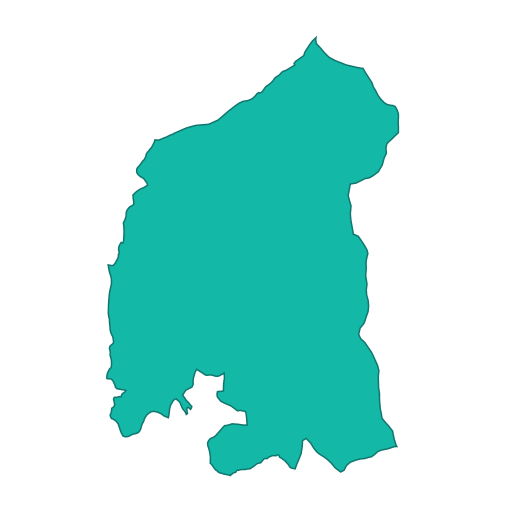 outline of Gem, Nyanza, Kenya, rotated 182°
{"feature_id": "3690345B53081703212176", "entity_name": "Gem", "entity_type": "district", "adm_level": 2, "iso_a3": "KEN", "parent_name": "Kenya", "parent_adm1": "Nyanza", "projection": "equal_earth", "projection_center": [34.475, 0.041], "detail": "fine", "context": "isolated", "style": "filled", "palette": "teal", "viewbox_px": 512, "rotation_deg": 182, "n_neighbors": 0, "source": "geoboundaries", "source_scale": "gbopen_adm2", "svg_char_len": 6012}
<svg xmlns="http://www.w3.org/2000/svg" viewBox="0 0 512 512"><g transform="rotate(182 256 256)"><path d="M118.0,384.2L118.2,390.1L118.6,395.0L118.5,400.4L118.7,403.1L120.1,407.0L122.1,410.2L124.5,411.2L126.4,411.3L130.1,411.9L133.1,413.6L137.0,417.3L139.8,421.0L142.4,425.7L144.7,429.2L146.2,433.2L151.7,441.2L153.5,443.8L155.6,447.2L158.0,447.4L162.0,448.0L172.6,450.1L183.8,454.1L189.9,457.1L194.8,461.6L198.8,466.1L203.2,470.4L203.9,474.7L203.7,476.3L206.3,473.7L207.5,472.3L209.7,469.1L212.7,464.2L214.3,461.3L214.8,459.8L215.1,458.1L220.5,453.9L223.2,451.9L224.7,449.7L223.9,448.1L232.6,442.5L234.1,442.0L235.7,441.3L236.8,440.4L238.7,438.0L240.2,436.9L243.1,434.8L244.2,433.2L245.5,431.2L248.5,428.2L251.6,426.0L252.6,424.9L254.9,421.3L256.3,419.7L257.7,419.1L259.0,419.4L260.9,418.0L261.8,416.6L262.9,415.3L264.9,413.4L266.3,412.5L268.4,411.5L269.8,411.0L274.3,410.1L275.6,409.5L277.9,408.3L280.6,406.4L288.2,400.2L298.2,390.9L299.5,390.1L307.0,386.4L308.4,385.9L320.3,384.5L324.5,383.3L328.5,382.0L329.8,381.6L333.0,380.1L342.0,375.8L343.3,374.9L346.6,373.5L349.7,371.7L351.1,371.2L357.0,368.5L358.1,368.4L361.1,368.5L361.6,366.1L363.4,362.4L364.9,359.7L365.9,358.9L366.8,357.2L368.1,356.0L369.3,353.7L369.6,351.8L370.2,350.1L371.1,348.4L372.3,347.2L375.9,341.9L377.2,340.6L378.1,339.0L378.2,337.3L378.1,335.8L377.5,334.2L375.8,332.5L374.2,331.2L371.0,329.6L367.3,324.7L366.8,323.2L367.8,322.3L370.3,320.6L374.4,318.6L376.0,317.5L377.2,316.6L378.8,315.1L381.1,312.6L380.5,307.8L380.0,305.2L380.1,303.4L381.3,302.1L382.6,301.5L383.9,300.7L385.1,299.3L386.2,297.7L387.1,295.6L387.2,292.7L387.3,290.8L388.6,286.5L389.4,285.5L389.7,284.1L389.2,281.7L388.7,276.3L388.7,271.0L388.8,269.3L388.9,265.9L389.5,264.3L391.2,264.9L392.1,263.4L393.0,261.6L393.4,260.0L393.6,257.8L392.7,254.1L393.6,252.8L393.4,251.0L394.1,248.8L394.8,247.2L396.5,243.9L398.3,241.6L400.2,241.4L401.7,241.6L403.4,242.0L402.7,238.4L401.8,234.5L400.6,231.3L399.8,228.7L399.5,224.6L399.6,222.4L400.9,215.6L401.2,213.3L401.5,207.4L401.7,200.6L401.6,193.2L400.9,189.8L400.3,187.8L400.0,183.7L399.4,179.9L399.3,178.0L399.0,176.3L398.2,173.8L396.3,170.2L395.7,167.5L395.3,164.7L396.3,163.0L397.5,162.1L398.8,160.7L399.3,158.4L398.6,156.4L398.2,154.5L398.4,151.8L397.3,148.6L396.8,146.6L396.6,141.8L396.9,139.5L398.5,137.9L400.5,133.3L400.8,130.9L400.8,128.4L399.6,128.1L398.1,128.2L396.3,128.0L394.2,125.6L392.5,122.0L391.8,119.8L390.3,118.5L388.7,118.2L386.0,117.9L384.3,117.6L382.6,117.5L381.3,117.1L382.3,115.5L384.4,114.0L385.4,112.7L385.7,110.7L387.9,110.7L389.1,110.3L390.3,109.7L391.6,109.9L392.7,109.8L393.4,107.9L392.8,105.9L392.3,103.7L392.2,101.5L393.3,99.9L394.7,99.0L395.0,97.4L395.0,95.7L395.5,93.6L396.2,92.3L395.8,90.5L394.7,88.5L392.9,87.9L390.3,86.3L387.9,83.5L385.2,76.2L384.4,74.4L382.6,71.4L380.7,70.8L378.7,70.9L376.9,71.3L373.3,73.5L369.8,74.4L368.7,74.8L367.4,75.5L366.2,77.0L365.4,78.5L364.5,82.0L363.8,84.5L362.8,86.1L361.5,90.1L360.6,91.7L359.3,93.6L357.6,95.1L354.9,96.9L353.2,97.1L351.7,97.0L349.9,96.7L347.9,96.1L345.2,95.0L342.6,93.1L338.0,91.3L337.6,93.2L336.9,100.7L336.5,102.8L335.8,104.6L333.7,108.5L332.3,109.9L330.8,110.5L329.1,108.9L328.1,108.2L327.1,107.3L326.1,105.3L324.7,102.0L323.3,99.9L321.8,98.4L320.9,96.8L320.1,95.2L319.0,96.2L319.6,98.9L319.8,101.6L318.4,102.4L317.3,101.4L316.1,100.4L315.3,101.7L314.9,103.4L316.6,105.0L317.4,106.2L318.5,107.3L320.8,109.5L322.7,112.2L324.5,114.4L323.3,116.3L322.6,117.7L321.4,119.4L318.9,120.9L315.5,122.7L314.3,125.6L314.5,127.7L314.5,130.3L314.1,132.7L312.9,137.4L311.5,140.7L305.7,137.4L303.6,136.0L302.3,135.3L301.0,135.1L298.3,135.5L297.2,135.6L295.2,135.3L293.4,134.7L291.2,134.4L290.0,134.5L288.7,134.9L284.8,137.2L283.8,137.9L283.4,134.4L283.3,132.5L283.9,127.2L283.9,125.0L283.9,122.2L283.8,120.0L287.4,119.4L288.7,119.3L289.8,119.0L290.2,116.5L289.7,113.9L288.7,112.6L286.9,110.5L285.8,109.4L281.7,107.6L276.3,105.5L275.3,105.0L271.2,102.2L269.7,100.9L268.4,100.6L267.4,101.1L266.1,101.1L262.4,100.5L260.9,99.9L260.4,98.4L260.1,96.0L259.7,93.9L259.0,86.7L261.5,86.6L262.7,86.6L267.4,87.1L269.0,87.3L270.4,87.2L272.2,87.4L274.1,87.4L276.6,86.5L279.7,85.6L281.3,85.4L282.9,83.9L286.0,79.9L288.9,76.4L290.4,74.6L291.6,73.7L294.2,72.5L295.8,71.4L297.0,69.6L297.9,67.5L297.5,64.6L296.5,62.1L295.6,59.0L294.6,53.9L294.5,52.3L294.6,50.8L294.5,49.1L294.5,47.3L293.3,46.4L292.4,45.3L291.3,43.7L288.8,40.7L287.1,39.7L285.7,38.4L283.9,37.8L282.0,37.5L280.8,37.0L275.7,36.2L274.1,35.7L272.3,37.3L271.2,38.4L268.8,39.1L268.1,40.3L267.3,41.3L265.9,41.2L264.8,41.7L263.2,42.1L260.2,42.2L258.7,42.4L257.0,42.9L254.4,43.2L250.2,46.3L248.2,48.1L246.8,48.9L244.1,49.5L240.7,53.8L239.2,53.9L237.8,53.9L236.0,55.6L234.4,56.2L233.2,56.9L230.3,57.2L229.1,57.0L227.9,58.0L226.3,57.7L225.5,56.0L224.5,55.2L223.4,55.0L222.2,53.8L220.3,52.7L216.1,48.4L214.8,46.2L213.5,45.4L209.5,44.6L207.6,50.4L206.0,54.4L204.0,60.2L203.2,67.1L203.0,73.2L199.5,75.4L194.8,70.9L191.2,65.5L188.5,62.4L185.6,60.2L180.7,57.4L177.2,54.9L173.6,51.7L169.4,47.0L163.8,43.1L160.6,44.9L158.2,49.8L154.6,53.2L149.6,55.3L144.9,56.8L140.3,57.4L136.7,58.6L133.6,59.4L130.6,61.7L127.4,64.9L123.9,66.4L117.3,68.0L111.1,70.3L108.6,70.5L109.3,71.6L111.2,76.8L112.3,80.9L113.4,85.8L118.0,91.3L120.2,93.4L124.4,98.2L125.1,101.9L126.5,107.8L127.5,116.0L127.8,122.9L128.9,128.7L129.6,140.0L129.2,145.7L130.7,150.8L135.8,161.2L137.4,164.0L142.9,171.5L144.5,173.6L145.5,174.5L148.5,176.9L150.7,181.4L149.4,187.6L146.1,192.0L145.4,193.3L144.7,195.5L143.6,199.5L142.1,204.2L141.7,209.6L142.3,215.2L144.0,220.6L144.6,225.9L144.1,231.8L145.7,240.3L145.4,247.6L145.8,253.0L145.7,255.0L145.0,259.3L144.3,262.2L145.0,265.1L145.7,266.7L148.0,270.3L151.5,275.3L154.5,279.3L157.8,280.6L159.4,281.1L161.0,288.5L162.5,295.3L163.2,301.6L162.8,309.5L164.7,315.1L166.0,319.7L165.1,325.8L164.3,331.2L158.5,332.4L149.9,337.1L145.4,338.1L141.3,340.7L136.7,344.5L133.0,351.4L131.4,358.3L129.3,363.2L129.9,368.2L129.3,372.3L127.8,374.3L124.2,377.8L121.5,380.7L118.0,384.2Z" fill="#14b8a6" stroke="#0f766e" stroke-width="1.5"/></g></svg>